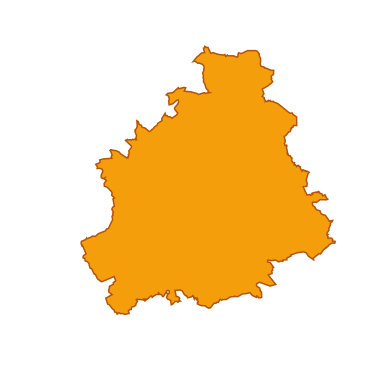 the district of San Juan de los Lagos, Jalisco, Mexico, rotated 64°
{"feature_id": "50627088B93334545972331", "entity_name": "San Juan de los Lagos", "entity_type": "district", "adm_level": 2, "iso_a3": "MEX", "parent_name": "Mexico", "parent_adm1": "Jalisco", "projection": "natural_earth1", "projection_center": [-102.298, 21.254], "detail": "fine", "context": "isolated", "style": "filled", "palette": "amber", "viewbox_px": 384, "rotation_deg": 64, "n_neighbors": 0, "source": "geoboundaries", "source_scale": "gbopen_adm2", "svg_char_len": 5960}
<svg xmlns="http://www.w3.org/2000/svg" viewBox="0 0 384 384"><g transform="rotate(64 192 192)"><path d="M118.5,65.2L117.4,67.4L112.6,71.7L112.4,72.5L111.2,72.5L109.3,74.8L106.8,74.6L104.3,72.8L101.8,71.8L98.8,71.8L97.3,71.0L94.2,71.6L92.9,72.7L89.3,80.1L89.2,87.1L87.4,88.9L88.1,90.1L90.2,91.3L90.7,92.2L87.7,95.2L85.3,100.1L84.5,100.1L84.9,102.3L82.9,102.1L82.8,103.5L79.6,108.4L76.1,111.8L75.5,114.4L69.0,114.3L68.5,115.4L66.7,116.8L67.8,117.4L67.8,118.7L72.2,119.6L71.3,122.4L71.5,123.8L72.6,126.5L72.5,127.7L75.3,133.8L75.7,132.0L78.9,130.3L79.4,128.9L81.9,126.6L84.2,126.1L85.9,126.7L86.7,127.8L87.9,128.0L89.9,130.4L92.5,130.7L94.2,132.0L95.4,132.0L98.1,133.4L100.7,133.1L104.2,133.8L106.2,133.7L107.3,132.9L109.1,133.6L110.5,132.4L109.0,137.1L108.1,137.4L107.2,143.4L105.7,144.3L101.3,149.3L98.0,154.8L95.6,152.0L94.5,153.3L93.5,158.4L92.2,158.6L94.3,165.6L92.7,170.4L93.4,172.6L94.7,171.4L96.1,171.2L98.6,171.6L99.7,172.9L103.6,174.4L104.3,170.5L102.8,165.3L103.2,163.9L104.8,164.4L106.6,166.0L108.7,170.9L110.2,171.3L114.8,170.2L116.0,172.1L116.9,177.7L115.1,178.5L113.6,180.8L112.2,180.9L111.7,182.3L109.5,181.7L112.9,187.1L114.7,187.7L115.3,192.7L116.6,194.0L117.1,197.3L118.1,199.1L118.4,201.3L119.0,202.2L118.8,204.0L113.7,206.3L112.0,208.5L109.8,208.2L108.3,209.9L105.2,209.4L103.8,210.3L108.9,212.4L110.7,214.2L111.1,215.8L112.2,215.9L112.2,216.5L114.9,217.1L116.5,216.9L118.8,218.4L119.0,219.1L120.6,219.0L120.3,219.8L119.6,219.7L119.3,221.5L118.6,222.4L118.7,223.9L117.9,224.6L117.0,227.0L116.4,227.1L116.7,228.8L115.8,229.4L124.2,226.3L125.3,226.9L127.4,230.8L130.2,231.8L130.5,232.9L132.1,233.2L132.4,234.6L133.3,234.7L132.9,235.5L126.2,239.6L124.5,239.8L121.8,241.9L118.3,246.7L118.8,247.6L119.6,247.2L122.9,247.5L124.1,247.8L124.3,248.7L125.6,249.4L126.5,249.3L123.4,257.3L122.7,260.9L124.9,261.5L125.2,263.5L124.9,266.4L128.2,266.0L129.3,267.0L130.2,264.7L132.2,262.7L134.5,263.2L136.9,266.1L138.9,267.2L139.6,267.2L141.1,266.0L141.0,264.1L141.8,265.2L144.1,263.9L145.7,267.1L148.3,268.3L150.4,266.2L156.0,264.3L157.6,264.2L159.8,265.6L163.4,264.4L163.6,266.1L170.8,268.0L170.9,270.0L172.4,271.6L175.9,271.6L176.4,272.7L178.3,273.1L178.6,274.5L182.1,275.5L188.2,283.3L187.8,285.1L189.0,286.7L188.4,294.4L189.5,298.2L187.9,301.0L188.3,302.0L187.9,307.2L187.3,307.1L188.1,308.3L187.9,313.1L189.5,314.2L191.9,314.6L192.0,313.9L192.9,314.2L193.1,313.8L201.2,314.4L201.6,317.4L203.3,318.9L204.7,317.5L207.2,318.2L208.5,316.7L211.3,315.8L212.6,316.5L215.7,317.0L217.0,315.8L222.7,315.9L224.0,314.9L228.6,315.0L231.5,313.6L233.1,312.5L233.9,299.0L238.4,299.5L238.9,302.4L240.5,303.2L240.5,307.3L244.4,310.4L245.8,310.5L249.2,308.8L249.7,316.1L255.8,316.9L257.3,315.7L262.3,314.7L263.8,313.8L266.0,314.1L267.4,312.3L268.8,312.9L269.1,312.3L268.6,310.4L270.1,309.5L271.0,307.4L272.5,306.1L273.6,301.8L270.9,301.3L270.3,299.3L270.9,298.8L270.9,298.0L269.3,297.2L269.0,296.3L269.5,294.4L269.1,292.1L268.0,291.4L266.2,288.8L264.9,289.5L264.0,288.9L267.7,282.9L269.3,282.1L268.9,280.7L267.4,281.5L268.7,278.9L267.4,274.7L267.8,273.9L269.3,274.0L268.6,271.7L268.6,268.7L269.4,267.1L268.0,266.3L270.1,265.7L270.9,264.3L273.0,264.3L273.5,263.6L271.0,259.8L272.2,258.9L269.7,258.4L269.8,256.6L270.9,256.0L272.8,256.6L273.6,259.2L275.9,261.2L277.4,260.9L280.1,258.7L284.2,260.1L284.4,258.8L283.0,255.1L283.6,253.6L284.9,253.1L284.5,251.5L284.9,250.4L283.4,251.1L282.3,249.8L281.1,249.8L279.5,250.9L279.0,252.0L273.0,250.4L274.8,245.8L276.5,244.1L280.2,243.9L282.2,243.3L282.9,242.4L285.2,242.3L286.0,238.7L285.5,236.6L288.9,236.8L287.8,236.0L288.7,235.2L289.2,236.0L289.4,233.8L290.9,233.9L290.8,235.0L293.4,234.4L294.1,236.0L295.0,236.2L298.2,233.5L300.2,229.7L301.7,229.5L303.7,227.9L304.2,226.4L301.6,220.7L302.5,219.3L302.0,217.6L302.7,216.6L300.7,213.8L302.2,213.0L302.2,211.6L303.6,208.3L303.1,203.3L304.4,200.4L304.2,199.4L304.8,199.2L306.1,196.6L305.7,191.2L307.0,188.2L307.9,184.0L311.3,183.2L315.0,180.3L313.9,179.2L316.5,178.3L317.3,176.2L317.2,175.5L312.3,173.4L311.1,173.9L307.9,173.3L305.2,175.0L304.1,175.0L302.8,174.1L302.7,170.9L310.8,163.0L311.7,157.2L299.9,159.9L300.3,155.7L297.9,155.0L297.7,153.8L295.3,152.7L295.4,151.7L289.5,152.7L288.1,154.9L286.4,153.7L288.7,150.3L289.7,146.8L292.9,144.6L292.9,142.6L293.9,141.3L293.9,140.2L293.0,139.9L294.5,136.4L293.0,136.0L292.9,131.0L291.9,130.9L292.7,124.2L294.8,117.8L296.9,116.0L300.7,115.5L306.3,112.4L304.6,111.8L303.1,104.9L304.0,103.7L301.6,98.9L301.2,96.7L300.5,96.1L301.0,95.3L300.3,93.9L300.4,93.0L299.6,92.5L299.3,88.4L300.6,86.1L299.1,85.0L297.6,87.2L296.2,86.3L294.6,86.9L292.8,90.1L291.6,89.3L290.2,89.5L289.9,88.6L289.6,89.4L288.2,88.7L286.3,85.6L285.3,85.4L281.9,81.7L280.6,81.3L280.1,79.1L279.2,78.1L278.5,81.3L271.5,82.3L269.3,84.7L267.4,85.6L264.9,85.2L263.3,87.3L261.6,88.2L259.1,88.2L257.1,89.3L255.6,89.1L254.2,88.3L254.5,86.7L255.9,84.8L255.1,80.1L258.0,74.5L257.9,73.1L256.8,73.7L252.8,73.7L252.9,76.1L250.9,76.0L248.1,78.3L247.8,77.7L246.9,78.1L247.1,80.3L246.5,80.4L245.7,84.4L245.7,84.8L247.0,84.7L246.9,87.0L245.8,87.1L245.2,90.0L235.9,89.8L237.2,86.3L235.1,84.8L231.3,84.1L226.5,79.8L225.7,78.1L224.1,79.1L223.3,80.8L222.7,80.5L222.1,81.7L221.1,81.9L221.3,83.2L220.9,82.7L220.1,84.1L217.7,84.2L217.0,83.6L215.5,84.7L215.0,84.5L214.5,85.1L215.0,86.8L212.8,87.2L212.4,88.3L210.6,87.0L209.6,88.6L207.0,88.5L205.4,87.2L204.4,87.8L202.7,87.7L201.3,89.3L200.3,89.0L200.2,89.5L199.3,89.7L198.6,89.5L198.7,88.9L192.8,87.4L192.6,86.7L191.3,86.4L191.0,88.1L188.8,87.7L188.4,86.8L186.6,85.6L182.6,84.9L182.1,82.0L180.3,78.7L180.8,77.7L179.7,76.0L178.6,75.8L178.7,74.7L177.7,74.5L177.9,72.4L176.6,71.7L178.2,68.8L170.5,65.1L166.6,67.2L164.9,67.3L164.2,69.3L163.2,70.0L149.9,76.2L147.0,79.1L146.2,79.2L145.1,81.6L143.9,81.6L143.9,83.3L143.0,83.4L143.6,84.6L142.9,86.5L142.5,85.8L140.2,86.4L139.0,85.7L136.8,87.0L135.3,84.3L130.3,83.7L129.9,76.9L128.4,71.2L125.2,71.3L124.8,70.5L122.6,70.1L122.1,67.3L118.5,65.2Z" fill="#f59e0b" stroke="#b45309" stroke-width="1.5"/></g></svg>